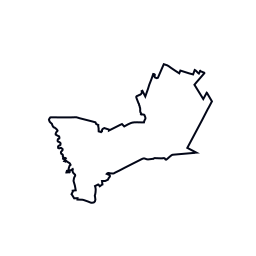 Rosiori De Vede, Teleorman, Romania, rotated 214°
{"feature_id": "2599482B51829763459772", "entity_name": "Rosiori De Vede", "entity_type": "district", "adm_level": 2, "iso_a3": "ROU", "parent_name": "Romania", "parent_adm1": "Teleorman", "projection": "mercator", "projection_center": [24.982, 44.064], "detail": "fine", "context": "isolated", "style": "outline", "palette": "ink", "viewbox_px": 256, "rotation_deg": 214, "n_neighbors": 0, "source": "geoboundaries", "source_scale": "gbopen_adm2", "svg_char_len": 4940}
<svg xmlns="http://www.w3.org/2000/svg" viewBox="0 0 256 256"><g transform="rotate(214 128 128)"><path d="M154.3,113.9L156.5,113.5L158.2,114.5L162.0,113.2L174.0,108.9L174.8,108.7L176.9,108.0L182.2,104.2L189.2,99.5L196.3,94.8L198.3,93.4L198.4,92.3L198.4,91.8L198.3,91.4L198.2,90.7L197.2,89.9L196.8,89.7L196.4,89.4L195.5,89.2L194.3,89.0L193.4,88.9L192.3,88.0L191.7,87.7L191.1,87.3L189.9,87.0L189.3,87.3L187.6,87.2L186.3,87.0L185.0,86.5L184.8,85.8L185.1,84.9L185.0,83.8L184.7,82.6L184.2,82.1L181.7,82.3L180.4,82.5L179.5,81.7L179.1,80.9L179.4,80.4L179.8,79.8L179.6,78.7L179.1,77.9L178.4,77.6L177.1,77.9L175.9,77.9L175.1,77.3L174.6,76.1L175.2,75.1L175.6,74.2L175.5,73.3L174.7,72.4L173.7,72.6L172.6,74.0L172.0,74.1L170.4,73.9L169.9,73.1L170.0,71.9L170.2,70.9L169.7,69.9L168.8,69.3L167.8,69.5L167.2,69.3L167.2,69.1L166.3,68.5L166.1,67.9L165.4,67.6L164.7,66.2L164.2,66.3L164.4,66.8L164.1,67.1L163.7,67.9L163.1,68.1L162.6,68.1L162.6,67.5L162.4,66.5L162.3,65.8L162.3,64.9L161.8,65.1L161.0,65.2L160.9,65.9L160.7,66.2L159.9,66.1L159.1,66.1L158.2,66.1L157.0,66.2L156.2,66.0L155.0,65.3L155.3,64.0L154.7,61.8L154.2,60.5L153.5,60.3L152.9,59.9L152.8,59.7L153.0,59.6L154.7,58.3L154.2,56.7L153.1,57.3L154.1,56.9L154.4,57.9L153.9,58.0L153.6,57.6L153.4,57.7L152.8,57.9L152.3,58.1L152.1,58.2L151.8,58.4L151.7,58.6L151.8,58.7L152.0,59.1L152.4,59.5L152.8,59.8L152.0,60.6L151.8,61.0L150.9,63.1L150.7,63.0L150.4,61.9L150.0,61.5L149.5,60.9L148.6,60.3L147.6,60.0L145.8,59.7L145.1,58.9L145.0,57.5L144.7,56.1L144.3,55.3L143.8,54.2L143.6,53.7L142.3,52.6L140.0,50.7L139.5,50.2L138.8,49.5L136.5,47.1L138.8,45.1L138.2,44.4L137.8,41.6L137.7,41.6L133.3,39.6L130.6,41.6L129.9,40.4L125.6,43.1L124.5,43.5L120.4,44.6L117.1,45.3L116.6,45.5L115.3,46.5L114.6,47.4L114.4,48.7L115.0,50.4L117.0,52.7L117.6,53.2L117.9,54.0L118.2,54.9L118.4,55.3L119.0,56.6L119.4,57.2L119.5,57.5L120.5,59.1L120.8,59.4L121.1,59.8L121.8,60.5L122.0,60.7L122.9,61.4L122.5,62.1L121.4,64.0L121.3,64.3L121.1,64.5L120.9,64.6L118.8,63.9L118.6,64.5L117.8,66.7L117.6,66.9L117.7,67.1L117.9,67.3L118.1,67.4L118.3,67.6L118.4,67.8L118.6,68.0L118.9,68.3L119.0,68.5L119.4,68.9L119.5,69.1L119.7,69.3L119.9,69.5L117.2,71.4L115.7,74.0L116.0,75.3L115.9,76.8L115.9,77.5L116.1,78.1L116.9,78.6L118.9,78.3L119.9,78.1L119.8,78.7L119.7,79.0L119.5,79.3L119.3,79.5L119.1,79.6L119.0,79.8L118.9,79.9L118.7,80.0L117.7,80.3L117.4,80.5L115.1,81.8L114.9,82.0L114.7,82.1L114.5,82.3L114.3,82.6L114.0,83.2L114.0,83.3L112.9,85.3L112.7,85.5L112.5,86.0L111.7,87.3L111.0,88.6L110.4,89.7L109.8,90.8L109.4,91.6L109.2,91.9L108.8,92.7L103.3,102.6L99.6,109.2L99.6,109.3L98.9,110.4L98.7,110.7L98.4,111.1L97.9,111.6L97.6,111.8L97.2,112.0L95.6,112.4L95.3,112.5L94.9,112.6L94.7,112.7L94.5,112.8L94.1,113.0L93.7,113.3L93.4,113.5L90.2,116.3L90.0,116.5L89.8,116.6L89.8,116.8L89.4,117.4L89.2,117.8L89.0,118.0L88.8,118.1L84.3,120.9L83.7,121.3L82.5,122.1L82.4,122.3L81.7,122.9L81.5,123.0L81.3,123.1L81.2,123.2L80.9,123.3L80.6,123.3L80.3,123.3L80.1,123.2L79.9,123.1L79.5,123.0L79.4,122.9L79.2,122.9L79.0,123.0L78.8,123.0L78.6,123.2L78.6,123.3L78.4,123.7L78.4,123.8L78.1,124.7L77.7,126.2L77.7,126.3L77.2,128.1L76.7,129.7L76.5,130.1L76.4,130.3L76.2,130.6L75.4,131.3L68.6,136.8L59.8,143.9L59.0,144.5L58.9,144.8L57.6,145.8L67.7,144.7L71.0,176.1L72.5,188.8L72.5,189.5L73.3,197.0L82.3,201.3L82.5,201.3L82.3,199.5L81.8,194.1L97.1,201.0L96.8,204.2L95.4,215.7L95.5,215.7L96.0,215.9L96.0,216.4L99.7,215.6L99.8,215.6L100.1,215.8L100.2,215.7L99.9,214.7L99.7,212.8L101.0,212.9L102.9,213.3L104.2,213.5L105.1,213.4L104.0,208.8L107.8,207.5L116.7,204.9L116.1,202.0L120.6,201.9L125.9,201.9L128.8,202.0L130.5,201.9L134.0,200.9L133.3,197.0L131.3,186.4L132.0,185.4L133.8,185.0L134.9,185.4L135.5,187.1L136.1,187.3L136.7,187.2L137.3,186.9L135.9,181.7L134.6,175.9L133.3,171.6L131.3,163.8L136.9,166.9L137.3,166.2L136.8,165.8L136.4,165.3L136.4,165.0L136.3,164.7L136.2,164.4L136.2,163.4L136.5,162.4L137.2,161.7L137.3,161.2L138.4,159.6L138.5,159.4L138.6,159.2L138.6,158.8L138.6,158.5L138.4,158.2L138.2,158.0L137.3,157.3L136.9,157.0L134.0,155.0L133.5,154.6L132.9,154.3L132.4,154.1L132.2,153.9L131.8,153.5L131.6,153.2L130.8,152.8L130.0,152.0L129.7,151.7L129.2,151.4L128.3,150.3L127.9,149.6L127.4,148.9L126.4,147.9L126.1,147.8L125.3,147.5L125.0,146.7L124.8,146.7L124.7,146.6L124.4,146.7L124.3,146.8L124.1,146.9L123.3,147.5L123.1,147.6L122.2,148.0L121.6,147.9L120.0,146.8L119.4,146.3L118.9,145.7L118.7,145.1L118.7,144.7L118.5,143.3L118.3,142.6L118.2,142.2L118.0,141.8L117.9,141.6L120.2,140.0L120.9,139.6L122.2,138.7L122.9,138.3L123.7,137.8L124.8,137.0L126.0,136.2L126.4,135.8L126.9,135.3L127.0,135.3L127.5,134.8L128.4,133.7L130.0,131.1L132.0,127.2L135.2,127.9L136.2,126.3L142.3,115.4L142.6,116.1L146.2,115.1L147.6,114.7L148.4,113.2L148.5,112.6L148.5,112.2L148.1,111.3L147.8,110.7L147.3,110.1L147.7,110.5L148.0,109.6L148.5,109.7L148.6,109.4L150.4,108.8L151.8,110.7L151.9,111.0L152.5,111.6L153.2,112.4L153.8,112.9L153.9,113.1L154.3,113.9Z" fill="none" stroke="#020617" stroke-width="2"/></g></svg>